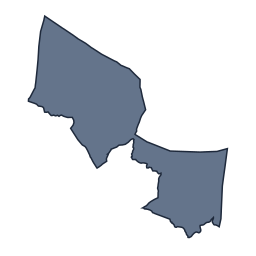 outline of Santiago Ayuquililla, Oaxaca, Mexico, rotated 186°
{"feature_id": "50627088B92936623710949", "entity_name": "Santiago Ayuquililla", "entity_type": "district", "adm_level": 2, "iso_a3": "MEX", "parent_name": "Mexico", "parent_adm1": "Oaxaca", "projection": "mercator", "projection_center": [-97.985, 17.92], "detail": "fine", "context": "isolated", "style": "filled", "palette": "slate", "viewbox_px": 256, "rotation_deg": 186, "n_neighbors": 0, "source": "geoboundaries", "source_scale": "gbopen_adm2", "svg_char_len": 4684}
<svg xmlns="http://www.w3.org/2000/svg" viewBox="0 0 256 256"><g transform="rotate(186 128 128)"><path d="M105.0,50.1L104.5,50.1L104.2,50.1L103.9,50.0L103.6,49.6L103.3,49.3L103.0,49.3L102.6,49.3L102.4,49.2L102.2,49.2L101.9,49.4L101.8,49.5L101.3,49.5L101.1,49.3L100.5,49.2L99.4,49.2L99.1,49.0L98.1,48.9L96.9,48.4L96.7,48.3L96.1,48.1L95.6,47.7L95.3,47.3L95.0,46.8L94.7,46.5L94.4,46.3L93.9,46.3L92.6,45.8L76.8,41.7L76.7,41.3L76.5,40.9L76.2,40.2L76.0,39.5L75.7,39.1L75.1,38.9L74.6,38.9L74.4,38.0L73.8,37.9L73.3,37.7L72.9,37.1L72.5,36.9L72.1,36.6L71.9,36.1L71.5,35.3L71.2,34.7L70.6,34.4L69.9,34.3L69.4,34.4L68.9,34.8L68.4,35.1L66.8,35.0L66.0,35.0L64.1,34.9L63.7,34.8L63.3,34.6L62.8,34.4L62.3,34.1L61.9,33.6L61.4,33.2L61.0,32.6L60.7,31.8L60.3,31.0L59.8,30.5L59.2,29.8L59.0,28.8L58.8,28.6L58.6,28.3L58.3,27.8L57.9,27.5L57.5,27.2L57.2,26.8L57.1,26.4L57.0,26.1L57.0,25.8L56.9,25.5L56.4,25.5L56.0,25.4L55.9,25.5L55.6,25.5L55.2,25.8L54.5,26.2L53.9,26.6L53.5,27.1L53.1,27.7L52.9,28.2L51.6,29.9L50.9,30.7L49.7,31.5L49.0,31.7L48.1,31.6L46.8,31.2L46.5,31.2L45.8,31.7L45.4,32.2L45.0,32.9L44.9,33.5L45.0,34.4L45.3,35.3L45.6,35.9L45.8,36.6L46.1,37.6L46.1,38.6L44.5,39.2L43.6,39.3L43.1,39.5L42.6,39.8L42.1,40.2L41.1,41.3L40.7,41.6L40.1,42.1L39.6,42.4L38.9,42.5L38.1,42.7L37.4,43.0L36.8,43.4L36.4,43.9L36.1,44.4L35.9,45.0L35.6,45.7L34.9,46.4L34.3,47.1L33.7,47.9L33.6,47.4L33.7,47.0L33.7,46.6L33.9,46.1L34.1,45.7L34.3,44.6L34.4,44.1L34.3,43.4L34.0,42.9L33.7,42.4L33.3,42.0L32.9,41.4L32.6,41.0L32.0,40.7L30.5,40.8L30.0,40.6L29.4,40.4L28.9,40.3L28.0,39.8L27.4,39.5L27.0,39.3L26.1,47.4L26.5,54.0L26.5,54.4L26.6,55.2L27.1,63.6L28.1,80.2L27.8,90.9L27.5,99.6L27.0,117.9L37.0,114.0L44.1,113.0L53.6,111.6L56.3,111.4L83.6,109.5L97.2,113.3L97.5,113.4L106.2,115.8L107.6,116.1L107.9,116.3L110.2,117.4L120.3,122.3L120.2,123.1L120.1,123.3L119.7,124.5L119.1,125.5L119.1,125.9L119.4,127.8L119.1,129.1L118.1,132.9L117.4,135.0L116.5,139.3L115.7,141.8L112.4,148.0L115.2,155.8L115.4,156.2L115.7,157.2L116.0,157.7L116.3,158.6L117.0,160.5L119.3,167.8L120.4,169.7L120.9,175.9L121.1,177.6L121.7,178.0L122.2,178.4L126.4,181.7L127.3,182.4L132.9,187.1L135.6,187.8L139.7,189.1L141.6,189.6L142.5,190.2L146.0,192.5L147.7,193.1L148.0,193.1L154.9,195.8L161.9,198.6L171.1,203.3L173.0,204.2L179.0,207.8L186.9,211.4L192.9,214.9L194.5,215.7L202.2,219.8L203.5,220.4L222.5,230.6L222.6,229.5L222.8,228.1L222.9,226.6L225.0,214.9L225.2,199.7L224.9,193.6L224.7,188.7L224.6,186.5L224.5,177.1L224.5,175.6L224.5,175.1L224.5,173.1L224.5,172.9L224.5,172.3L224.5,172.0L224.5,169.0L224.5,166.1L224.5,164.8L224.5,163.4L224.6,161.5L224.6,159.7L224.6,158.2L225.3,156.7L228.6,148.3L228.7,148.2L228.8,148.0L229.0,147.6L229.9,146.6L229.9,145.1L229.8,144.2L223.6,142.8L221.3,142.1L219.6,140.6L218.9,140.4L218.0,140.5L217.3,140.4L215.9,140.3L215.0,140.0L214.0,139.1L213.9,138.8L212.6,135.1L210.8,135.1L209.2,135.6L208.9,135.3L206.6,133.1L205.7,132.4L205.2,132.4L204.4,132.6L204.2,132.7L203.9,132.8L203.3,133.1L202.2,132.7L201.3,132.5L200.9,132.6L199.4,133.3L197.8,132.4L196.8,133.4L195.5,133.9L194.9,133.7L193.4,133.0L191.5,132.6L189.2,132.2L185.6,132.6L184.5,132.7L182.8,130.1L182.3,127.7L182.9,125.1L184.2,122.9L185.0,121.7L184.5,121.0L176.6,111.1L171.7,106.4L168.8,105.1L168.5,104.8L168.2,104.5L167.9,104.2L167.7,104.0L167.6,103.9L167.4,103.6L166.0,101.6L165.4,100.6L165.2,100.3L165.1,100.2L164.8,99.6L164.7,99.4L164.5,99.1L164.0,98.3L163.6,97.7L163.2,97.0L163.2,96.9L162.6,95.5L162.5,95.4L162.4,95.2L162.2,95.0L162.2,94.9L161.9,94.7L161.6,94.4L161.4,94.0L161.2,93.7L160.7,93.0L159.7,91.4L158.4,89.6L157.5,88.5L154.9,85.2L154.6,84.9L152.3,86.7L151.7,87.3L150.5,88.4L150.4,88.6L149.7,89.4L145.7,92.7L145.9,93.5L146.2,94.6L146.2,94.9L146.2,95.4L146.1,96.0L145.7,97.1L145.2,98.7L144.8,100.1L145.3,100.1L144.7,100.6L144.8,100.5L144.7,100.7L142.6,104.5L142.6,105.1L142.4,105.2L139.6,106.7L137.2,107.9L135.2,110.0L132.9,110.4L132.1,110.5L129.0,111.5L126.2,113.9L123.9,116.8L121.9,117.9L120.8,117.1L121.1,115.7L120.7,114.4L121.1,111.6L120.9,111.0L121.1,109.5L120.3,108.8L120.2,107.3L121.0,105.4L120.9,104.1L121.7,102.5L121.1,101.3L121.0,100.1L121.5,99.9L121.6,99.1L121.0,98.5L120.2,97.2L119.5,97.2L117.0,97.5L116.6,96.9L114.9,95.7L113.8,95.1L112.7,94.7L111.3,94.4L110.4,94.7L109.3,94.9L108.3,94.9L107.3,94.8L106.6,94.7L106.0,94.6L105.1,94.1L105.6,92.2L105.2,90.4L103.8,90.3L102.8,91.2L101.9,91.0L100.7,91.0L99.5,88.9L98.8,87.9L97.5,88.1L97.2,88.1L94.8,88.0L94.0,86.7L92.4,85.6L90.5,86.5L90.3,85.0L91.8,82.3L92.2,80.5L91.9,78.4L92.1,75.1L92.1,73.2L92.3,71.3L91.3,68.8L91.2,68.5L91.3,66.8L91.1,64.7L90.9,61.8L94.3,59.7L97.8,57.1L98.3,56.6L99.4,55.6L100.9,53.4L102.1,52.2L103.6,51.3L104.1,50.7L105.0,50.1Z" fill="#64748b" stroke="#1e293b" stroke-width="1.5"/></g></svg>